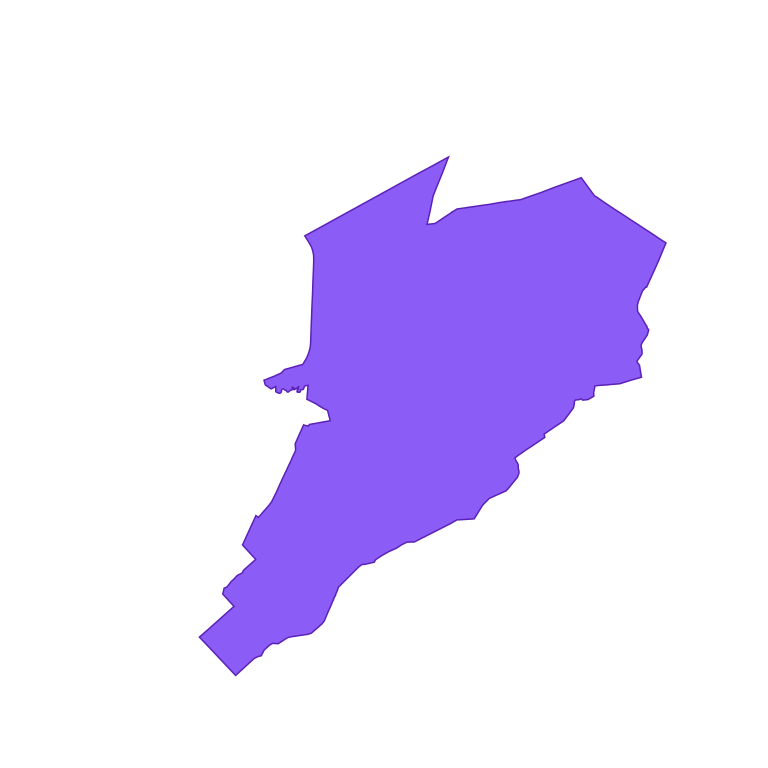 outline of Ilzenes pag., Aluksne, Latvia, rotated 139°
{"feature_id": "27541924B97832131674611", "entity_name": "Ilzenes pag.", "entity_type": "district", "adm_level": 2, "iso_a3": "LVA", "parent_name": "Latvia", "parent_adm1": "Aluksne", "projection": "equal_earth", "projection_center": [26.7, 57.377], "detail": "fine", "context": "isolated", "style": "filled", "palette": "violet", "viewbox_px": 768, "rotation_deg": 139, "n_neighbors": 0, "source": "geoboundaries", "source_scale": "gbopen_adm2", "svg_char_len": 5928}
<svg xmlns="http://www.w3.org/2000/svg" viewBox="0 0 768 768"><g transform="rotate(139 384 384)"><path d="M596.0,355.5L596.4,355.4L595.9,335.8L612.4,335.6L613.6,334.9L614.4,334.6L615.2,334.5L616.1,334.7L619.5,335.6L620.0,335.7L620.6,335.7L621.2,335.7L625.6,335.2L627.8,335.2L628.6,335.2L629.9,335.0L634.6,334.0L636.0,334.0L637.3,334.3L638.6,334.8L639.2,334.3L643.5,331.3L643.5,331.0L643.5,330.8L643.1,314.6L671.7,314.2L679.8,314.1L689.4,314.1L688.9,303.7L687.2,261.4L663.8,262.0L662.4,262.0L661.1,261.8L657.4,260.8L655.3,259.6L654.9,259.4L649.1,261.8L641.7,262.0L638.2,261.3L634.2,257.4L629.2,256.7L626.1,256.3L623.2,255.8L622.3,255.4L620.3,254.3L618.8,253.5L617.9,252.8L610.9,248.4L606.0,245.2L602.8,243.8L601.8,243.6L597.2,243.6L595.9,243.6L591.5,243.6L590.4,243.7L588.8,243.6L585.7,244.1L584.6,244.4L583.4,244.9L579.0,247.1L577.2,247.9L576.6,248.3L569.4,251.6L567.7,252.4L566.3,253.2L565.9,253.3L565.4,253.6L564.9,254.0L564.6,254.1L564.0,254.1L563.9,254.1L563.0,254.9L562.8,255.0L562.5,255.1L562.2,255.1L561.9,255.3L561.3,255.6L561.0,255.8L560.5,255.9L560.4,255.9L560.3,256.1L560.2,256.2L559.8,256.3L559.6,256.2L559.4,256.2L559.2,256.4L558.8,256.7L558.5,256.9L558.4,257.0L558.2,257.0L557.8,257.3L557.6,257.4L557.4,257.6L557.0,257.6L556.4,257.9L556.0,258.1L555.7,258.2L555.6,258.4L555.4,258.5L555.2,258.6L554.5,258.8L554.2,259.0L553.8,259.3L553.6,259.4L553.3,259.6L553.0,259.7L552.3,260.4L552.1,260.5L533.9,261.8L526.1,262.3L523.7,262.5L519.1,262.3L517.3,260.8L515.8,259.9L514.4,259.2L508.2,255.9L506.0,256.8L504.8,256.8L499.1,256.1L492.4,254.8L490.3,254.3L487.9,253.6L484.3,252.5L482.8,252.0L480.3,251.6L476.0,251.1L474.6,250.7L470.5,249.6L470.1,249.4L464.9,245.0L464.6,244.8L455.7,242.7L453.6,242.0L452.4,241.8L423.6,234.6L422.6,234.5L417.7,233.5L416.9,232.6L404.5,223.1L400.4,224.3L389.2,227.8L379.8,228.6L374.9,227.2L361.9,223.3L360.0,223.4L346.6,225.7L344.6,226.0L343.7,226.5L343.0,226.9L342.2,227.3L341.4,227.7L340.8,228.1L340.3,228.5L339.6,229.3L339.3,229.8L339.0,230.4L338.7,230.9L338.2,231.9L337.9,232.4L337.1,233.4L336.8,233.7L336.7,233.7L336.3,234.3L336.0,234.7L335.6,235.3L335.2,236.5L335.0,237.4L334.9,238.6L334.8,239.0L334.7,239.5L334.4,240.3L334.3,240.7L333.9,242.0L333.7,242.4L328.8,242.0L328.6,242.0L320.7,241.2L315.8,240.5L303.2,238.9L297.7,238.2L295.9,241.2L295.6,241.1L285.3,239.9L281.1,239.4L280.9,239.3L272.4,238.3L256.7,241.7L253.3,244.2L251.6,246.1L251.2,246.2L249.8,246.2L246.9,244.1L245.0,243.6L244.8,241.8L244.4,241.4L243.9,240.9L240.2,238.4L233.6,237.1L233.2,237.7L231.4,240.0L226.7,243.6L226.0,244.1L223.4,242.4L220.3,240.1L216.4,237.1L212.1,234.1L209.3,232.0L205.9,229.5L195.7,225.1L185.2,220.2L181.0,227.1L180.2,228.4L179.0,230.3L178.9,230.5L178.7,232.7L178.5,235.0L178.3,235.2L174.4,236.2L170.7,237.0L169.8,237.2L169.5,237.5L167.5,239.8L167.1,240.2L165.3,243.7L164.4,244.7L162.8,245.5L160.8,246.2L157.2,247.1L153.2,248.2L152.3,248.8L148.7,251.2L148.5,253.9L148.4,254.1L148.1,254.4L147.9,254.6L147.6,256.4L147.3,258.3L146.7,261.3L145.6,267.4L145.4,269.7L145.0,271.7L144.9,272.5L144.4,273.1L142.7,275.3L140.9,277.4L137.7,279.5L134.1,281.4L131.1,283.0L128.0,284.6L124.8,285.1L123.7,285.3L122.7,285.4L122.3,284.8L107.8,291.4L94.6,297.5L90.3,299.7L79.0,305.3L78.6,305.5L79.0,306.8L80.2,310.8L81.5,315.6L82.8,320.5L86.9,334.9L87.3,336.5L90.1,346.1L92.9,356.3L95.4,364.7L98.6,376.6L101.0,386.1L101.5,387.1L101.6,388.2L101.4,391.8L101.2,393.3L101.1,395.4L100.2,405.5L99.8,410.3L112.7,415.3L117.9,417.3L125.8,420.4L139.6,425.4L154.8,431.5L160.0,433.5L163.5,435.9L168.5,439.1L170.0,440.0L170.6,440.6L172.4,441.7L177.2,444.8L186.4,450.3L191.1,453.4L197.0,457.2L214.1,468.2L217.9,468.7L218.9,468.9L219.5,469.3L219.8,469.0L226.6,469.9L230.2,470.4L230.5,470.4L234.5,470.9L236.1,471.1L240.3,471.7L246.8,476.2L235.2,484.7L224.3,493.1L222.8,494.1L210.9,500.2L200.8,505.3L195.2,508.3L186.4,513.0L195.6,515.0L211.5,518.5L214.6,519.2L219.2,520.3L237.9,524.3L262.5,529.6L279.7,533.3L285.6,534.6L331.6,544.5L346.6,547.8L347.6,541.3L348.2,538.0L348.9,534.9L349.8,532.6L351.1,530.0L352.8,527.2L354.9,524.6L357.6,521.6L363.0,515.8L370.1,508.3L379.2,498.5L387.5,489.8L400.9,475.5L407.8,468.1L410.7,465.0L413.2,462.4L415.0,460.7L416.4,459.6L417.2,459.0L419.6,457.4L422.5,455.8L425.2,454.5L427.8,453.6L430.9,452.6L432.8,452.1L433.9,452.8L449.6,460.2L454.4,459.8L454.4,459.7L459.9,461.4L460.3,461.5L460.5,461.5L472.1,465.6L474.2,461.2L472.4,454.4L467.4,453.0L470.5,449.5L470.7,449.2L470.5,448.3L470.3,448.0L469.9,447.0L469.5,446.3L469.1,445.8L468.7,445.5L468.2,445.2L467.8,445.1L467.2,445.2L466.7,445.4L466.2,445.8L465.5,446.5L465.1,446.7L464.8,446.8L464.4,446.8L464.0,446.8L463.7,446.7L463.4,446.5L463.1,446.2L462.9,445.6L462.8,445.0L462.7,444.1L462.6,443.8L462.2,443.4L462.0,443.1L462.0,442.7L462.0,442.4L462.2,442.1L462.3,441.8L462.1,441.4L461.8,440.9L461.5,440.7L461.2,440.7L460.7,440.8L460.4,440.8L460.0,440.7L459.0,440.6L457.3,440.1L456.1,439.5L455.7,440.3L456.0,440.7L455.8,441.6L455.2,441.7L455.1,441.4L455.3,441.0L455.2,440.6L454.6,440.0L454.5,439.6L455.2,438.6L453.4,438.2L452.7,437.9L452.2,438.0L451.8,438.2L451.2,438.3L450.4,437.9L450.9,437.7L451.7,437.6L452.0,437.4L451.7,436.7L452.0,436.2L452.8,436.2L453.5,436.4L453.8,435.8L454.8,435.2L454.5,434.5L453.3,433.3L452.6,433.0L451.9,433.3L451.0,433.9L450.4,434.0L450.1,433.9L449.7,433.7L449.1,433.2L448.6,433.0L448.2,433.0L447.5,433.3L446.5,433.9L446.4,434.0L446.1,434.1L445.8,434.3L445.3,434.4L444.6,434.2L444.4,434.1L444.1,434.1L443.6,433.7L442.8,433.2L442.7,433.1L442.2,432.8L452.2,423.1L448.3,413.6L447.1,409.2L445.9,405.7L443.9,401.1L448.7,391.6L466.8,402.4L467.4,402.2L468.6,401.9L468.7,402.1L469.3,402.7L470.6,404.3L471.1,405.1L471.4,405.9L471.6,405.8L481.4,401.3L490.2,397.2L494.2,391.9L501.4,388.7L506.4,386.2L506.5,386.3L510.7,384.5L515.2,382.4L517.3,381.6L526.9,377.3L528.9,376.4L535.5,373.3L542.4,370.4L546.6,368.7L550.6,367.9L558.7,366.8L566.3,365.7L567.0,368.7L584.0,361.0L596.0,355.5Z" fill="#8b5cf6" stroke="#5b21b6" stroke-width="1.5"/></g></svg>